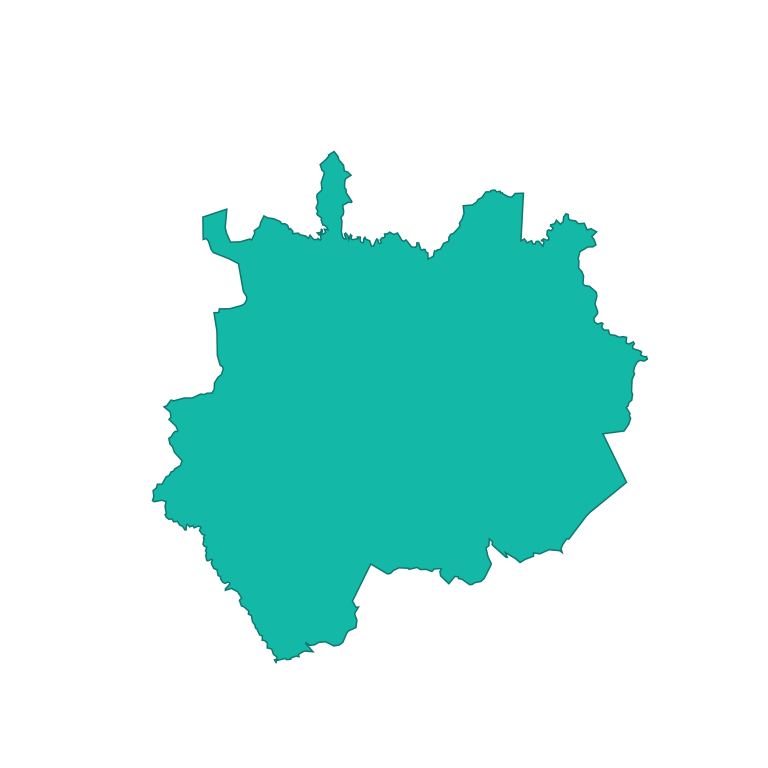 outline of Atotonilco el Grande, Hidalgo, Mexico, rotated 152°
{"feature_id": "50627088B60694242822101", "entity_name": "Atotonilco el Grande", "entity_type": "district", "adm_level": 2, "iso_a3": "MEX", "parent_name": "Mexico", "parent_adm1": "Hidalgo", "projection": "natural_earth1", "projection_center": [-98.662, 20.341], "detail": "fine", "context": "isolated", "style": "filled", "palette": "teal", "viewbox_px": 768, "rotation_deg": 152, "n_neighbors": 0, "source": "geoboundaries", "source_scale": "gbopen_adm2", "svg_char_len": 6171}
<svg xmlns="http://www.w3.org/2000/svg" viewBox="0 0 768 768"><g transform="rotate(152 384 384)"><path d="M171.3,487.0L178.8,490.7L183.2,489.0L185.9,490.4L189.7,495.9L189.7,497.2L191.4,497.9L190.8,499.5L194.4,500.9L195.1,503.3L198.8,504.6L199.9,503.7L203.8,505.8L210.1,502.7L214.3,502.8L216.5,501.2L221.9,500.6L230.4,504.2L233.1,497.3L237.7,492.9L241.9,490.6L242.7,488.0L244.7,486.9L251.9,484.4L254.9,484.8L257.8,483.1L259.6,479.8L265.4,480.1L270.8,476.5L274.1,477.4L275.8,476.8L276.9,477.8L280.5,473.6L286.5,473.6L283.8,479.0L285.0,480.9L284.6,483.4L285.6,484.3L287.6,484.1L288.3,485.8L287.2,492.3L288.6,493.2L290.2,490.7L292.2,489.9L295.3,492.2L296.9,500.9L299.1,500.7L300.7,501.8L301.2,511.0L305.1,511.4L307.8,515.5L310.4,514.9L313.1,516.2L313.9,513.6L315.9,513.2L316.8,514.1L319.8,512.9L319.6,510.4L321.8,509.8L322.3,510.6L321.7,514.6L322.4,515.5L328.6,510.7L330.4,511.7L329.4,517.2L332.1,520.4L331.9,522.5L333.9,521.7L335.5,518.6L336.4,518.6L337.7,520.0L337.6,522.0L335.9,524.8L338.4,526.3L338.5,524.5L343.8,526.1L345.0,527.8L342.8,530.1L343.5,531.6L347.3,528.1L346.3,531.8L347.0,535.3L348.6,534.8L349.4,529.9L351.1,530.8L351.5,533.3L350.1,538.6L344.7,547.4L343.8,551.3L340.5,552.7L338.6,555.2L336.6,561.1L330.4,561.2L327.4,559.6L326.7,560.2L327.6,570.5L326.2,573.5L326.6,576.1L323.2,581.7L321.2,583.3L315.1,583.8L316.5,588.2L319.0,590.7L317.0,596.2L318.6,602.9L317.8,606.9L319.0,612.7L325.3,612.3L325.0,611.5L329.4,609.6L337.4,607.7L338.4,601.8L337.4,599.6L338.2,597.7L344.9,591.3L347.6,584.5L353.7,582.9L355.3,581.3L357.3,574.9L361.3,571.4L361.3,567.6L363.4,565.9L363.4,564.5L361.1,559.7L362.4,558.6L363.4,553.1L362.1,552.2L360.9,549.3L361.0,546.3L363.9,548.7L364.5,545.1L367.8,545.0L369.2,547.1L367.2,547.0L366.1,549.0L367.2,550.6L366.7,549.7L367.6,548.4L369.9,547.7L371.9,548.8L371.5,546.0L369.1,545.7L370.9,543.8L371.4,541.5L372.8,540.9L373.9,543.5L375.0,542.8L378.4,544.7L379.4,550.1L382.4,548.1L383.7,551.5L388.2,555.3L388.8,557.4L394.1,559.7L392.8,561.7L393.7,565.3L395.3,565.2L394.6,569.3L396.2,572.0L398.9,573.2L399.5,576.3L403.6,581.5L408.8,585.4L411.1,588.8L417.1,584.5L419.9,581.2L426.6,580.3L427.6,577.5L433.4,573.3L434.3,575.0L444.4,577.1L452.9,581.3L452.3,590.8L450.8,596.6L440.7,612.2L465.5,616.4L475.8,596.5L472.7,595.9L471.9,592.7L473.5,584.1L472.9,580.1L462.4,567.8L456.0,558.6L464.7,531.8L464.3,525.6L465.6,523.0L469.3,520.4L472.9,520.2L485.2,523.0L494.1,527.6L496.4,524.7L500.6,526.8L506.7,509.1L517.7,487.5L519.9,477.4L518.3,474.8L519.2,472.4L523.1,468.7L527.5,467.8L533.1,464.6L536.4,459.0L540.1,456.8L544.8,459.0L547.6,459.0L550.6,461.2L559.9,461.7L567.0,465.4L577.4,467.8L579.6,469.8L585.9,466.9L589.0,467.1L585.9,459.7L587.7,454.7L590.5,453.6L587.5,444.5L587.9,440.0L588.9,439.1L590.5,440.2L592.8,439.7L596.6,437.3L599.5,437.1L601.2,431.6L600.2,427.9L601.1,422.0L598.3,411.0L602.1,407.6L608.5,407.3L610.6,406.0L613.5,406.3L616.4,404.1L620.0,404.3L627.0,399.7L631.1,401.9L633.9,399.0L637.9,398.3L640.2,392.5L643.2,389.7L642.1,387.9L634.8,385.7L631.6,382.4L634.8,378.8L637.1,371.6L638.5,371.6L638.8,368.7L637.5,365.6L634.5,364.4L634.5,361.1L630.8,359.6L630.7,355.5L628.6,352.8L628.3,348.6L627.2,348.1L624.6,352.1L623.4,352.3L622.6,349.1L619.2,348.6L619.1,346.1L614.7,345.7L612.8,343.7L615.7,341.2L615.1,336.7L613.3,334.5L615.6,333.0L615.8,331.4L619.0,327.6L619.0,325.6L617.2,323.0L620.0,320.4L619.9,318.3L621.9,316.1L623.3,311.6L622.6,310.6L618.5,310.1L618.1,309.0L620.3,307.5L620.8,304.8L620.9,301.0L618.7,298.4L620.4,292.7L618.8,290.9L619.8,288.2L619.5,285.0L618.3,282.8L614.5,282.1L613.7,280.7L614.3,279.6L620.1,277.7L620.9,276.3L614.8,275.2L610.7,269.3L610.2,261.8L613.2,260.9L614.1,255.0L612.3,253.0L610.0,247.1L611.8,244.4L609.8,241.8L611.7,235.9L611.2,231.9L612.0,228.7L611.2,227.5L611.6,220.9L609.7,218.5L611.9,214.9L610.0,213.7L608.6,210.1L611.0,205.8L607.6,202.8L608.5,197.2L606.7,193.2L607.6,191.5L610.2,191.8L610.1,188.9L608.5,190.2L600.0,188.0L599.5,186.4L595.6,184.7L594.9,185.8L589.4,185.0L587.1,183.1L586.4,185.4L579.8,185.7L572.4,180.9L574.9,191.6L574.3,192.3L572.1,187.9L567.5,186.3L563.1,186.5L556.7,184.0L551.2,176.2L545.9,174.6L541.7,175.2L533.5,181.8L530.6,182.7L523.1,182.1L518.7,188.4L518.1,194.0L516.9,195.7L511.2,199.0L513.6,200.0L513.8,207.1L480.2,231.3L470.2,214.8L467.3,213.7L463.2,214.9L457.1,214.7L449.0,209.9L448.9,208.6L440.9,206.5L438.9,203.0L433.6,200.4L429.8,196.0L426.7,197.1L421.0,194.7L420.2,193.6L422.6,192.3L424.1,188.0L420.5,177.2L411.8,180.8L408.8,178.9L409.6,177.2L406.9,175.2L402.7,166.8L400.5,165.6L397.4,166.0L391.2,164.2L386.9,165.2L375.0,173.6L373.6,175.1L373.3,182.5L370.9,191.4L367.4,191.9L363.7,197.8L362.2,193.7L363.9,191.6L363.7,190.4L357.6,173.7L356.5,173.1L356.0,178.2L349.9,168.2L347.7,162.5L341.9,162.9L332.8,161.8L331.3,164.6L326.1,160.9L316.0,160.2L307.1,154.3L305.8,151.6L305.1,155.4L302.1,158.0L295.5,161.5L293.6,160.3L268.1,172.1L262.4,174.0L216.0,183.3L214.1,237.3L194.1,229.8L187.0,233.5L182.4,237.8L182.4,240.5L180.7,242.5L181.1,249.5L178.9,250.1L176.2,252.8L173.0,253.3L169.4,258.1L169.1,260.9L162.8,271.6L158.1,275.2L157.8,277.8L154.8,281.4L150.5,284.4L147.0,284.8L143.5,282.1L139.8,282.3L139.3,285.0L141.9,286.4L143.8,289.1L141.7,291.2L141.9,292.5L147.6,298.4L146.8,300.6L144.1,302.0L144.0,304.1L149.1,304.3L150.9,306.7L147.9,311.3L150.8,313.7L154.4,314.8L157.1,318.5L160.9,321.1L161.5,322.3L160.5,326.2L164.6,328.5L165.0,332.4L162.3,334.5L163.1,335.9L167.2,336.7L169.0,339.7L168.0,343.4L162.4,345.9L161.4,347.4L160.1,355.8L154.8,361.6L153.5,365.3L156.7,373.8L160.5,376.6L161.3,379.1L157.1,385.6L156.5,390.1L157.7,395.0L154.0,401.4L153.9,403.4L148.9,408.8L139.8,409.3L135.1,407.0L131.5,407.4L130.7,412.8L131.3,416.6L124.8,418.5L128.3,423.9L132.3,424.8L131.7,431.9L137.2,434.3L138.1,437.9L142.7,441.4L143.5,443.1L141.8,447.1L143.4,448.9L147.0,447.1L149.7,443.1L153.2,442.2L154.9,447.7L158.0,445.4L162.2,446.3L162.8,445.1L161.5,442.8L162.4,441.6L164.6,440.9L166.1,442.8L167.9,442.6L170.3,439.0L169.6,436.2L170.8,434.2L172.8,434.5L174.9,437.2L177.1,437.0L177.7,436.6L176.2,435.2L176.2,433.9L179.1,431.0L180.5,437.5L182.6,438.4L185.3,436.7L186.7,437.9L186.4,441.3L191.4,441.4L191.9,446.1L195.9,446.1L171.3,487.0Z" fill="#14b8a6" stroke="#0f766e" stroke-width="1.5"/></g></svg>